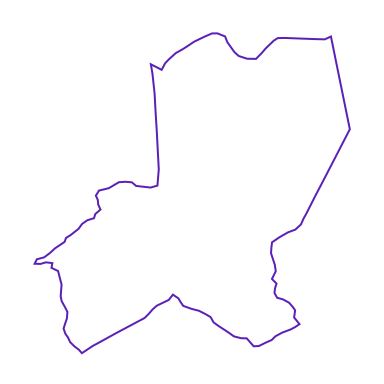 outline of Caetés, Pernambuco, Brazil, rotated 87°
{"feature_id": "56859067B96397731147508", "entity_name": "Caetés", "entity_type": "district", "adm_level": 2, "iso_a3": "BRA", "parent_name": "Brazil", "parent_adm1": "Pernambuco", "projection": "equal_earth", "projection_center": [-36.636, -8.815], "detail": "fine", "context": "isolated", "style": "outline", "palette": "violet", "viewbox_px": 384, "rotation_deg": 87, "n_neighbors": 0, "source": "geoboundaries", "source_scale": "gbopen_adm2", "svg_char_len": 1714}
<svg xmlns="http://www.w3.org/2000/svg" viewBox="0 0 384 384"><g transform="rotate(87 192 192)"><path d="M349.3,138.5L349.3,133.3L345.9,125.3L344.0,120.2L340.5,116.3L337.2,109.4L334.4,100.7L332.3,96.1L329.6,91.6L322.6,96.6L315.6,95.2L311.9,97.5L307.7,100.8L304.0,106.7L302.1,112.5L297.2,114.9L292.4,114.1L287.9,112.4L283.0,116.7L275.5,112.5L269.1,113.1L257.3,116.3L251.5,115.6L246.4,114.7L241.8,107.1L237.3,98.2L235.0,90.8L230.1,84.9L224.2,81.9L220.0,79.2L202.4,69.1L187.9,60.5L137.6,31.1L69.6,41.3L44.0,45.1L46.5,51.3L45.8,60.5L43.0,91.6L42.8,98.3L45.2,102.5L52.4,110.8L56.8,115.0L62.4,121.1L61.8,130.0L58.6,138.3L54.4,142.4L44.2,148.9L38.4,150.8L34.9,158.4L34.7,163.7L37.6,171.5L42.1,182.2L45.3,187.5L48.7,193.4L52.4,200.9L58.1,207.9L61.9,212.0L68.4,215.9L62.3,226.4L71.7,225.3L91.7,224.2L106.6,224.2L130.1,224.0L159.5,224.0L167.7,224.0L183.8,226.2L185.4,233.1L184.2,240.4L183.0,247.5L179.2,251.5L178.3,257.9L178.4,264.5L183.8,274.8L185.7,284.8L190.6,288.2L194.9,286.5L199.7,286.3L204.7,284.3L209.0,289.8L213.0,291.2L214.7,297.9L218.1,303.4L222.9,307.3L228.4,315.1L231.3,320.2L235.2,321.9L241.0,331.6L245.5,337.1L249.5,343.0L251.1,350.5L255.4,352.9L255.9,347.1L254.6,341.6L255.7,335.2L260.4,336.3L263.9,329.9L277.6,327.1L289.3,328.6L294.1,327.9L300.9,324.6L305.2,322.7L311.6,323.5L317.4,325.8L321.7,327.4L327.1,325.8L330.7,323.5L335.6,321.5L340.1,317.4L343.6,313.2L347.2,310.4L340.5,299.1L338.1,294.0L328.8,274.8L315.3,245.9L310.8,240.9L307.1,237.4L303.6,232.9L298.6,220.9L293.5,216.4L297.6,211.1L301.2,209.2L305.3,206.7L308.7,198.5L311.0,191.2L314.9,184.5L317.9,180.0L323.4,177.2L327.4,172.2L333.6,163.7L338.3,157.8L340.6,150.6L341.0,145.0L349.3,138.5Z" fill="none" stroke="#5b21b6" stroke-width="2"/></g></svg>